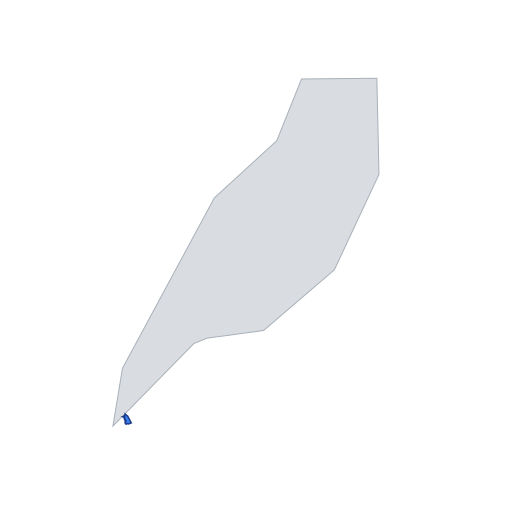 location of Ngerbau, Ngarchelong, Palau, rotated 199°
{"feature_id": "81905179B4441268560543", "entity_name": "Ngerbau", "entity_type": "district", "adm_level": 2, "iso_a3": "PLW", "parent_name": "Palau", "parent_adm1": "Ngarchelong", "projection": "mercator", "projection_center": [134.643, 7.703], "detail": "fine", "context": "in_parent", "style": "filled", "palette": "blue", "viewbox_px": 512, "rotation_deg": 199, "n_neighbors": 0, "source": "geoboundaries", "source_scale": "gbopen_adm2", "svg_char_len": 1531}
<svg xmlns="http://www.w3.org/2000/svg" viewBox="0 0 512 512"><g transform="rotate(199 256 256)"><path d="M270.6,438.2L199.6,463.4L166.3,373.2L177.4,268.5L224.5,188.1L275.7,162.3L286.2,153.1L335.9,48.6L345.7,106.3L314.3,297.4L273.9,371.8L270.6,438.2Z" fill="#d9dde1" stroke="#a8b0b8" stroke-width="1"/><path d="M328.1,63.9L328.0,63.7L328.3,63.3L328.3,63.2L328.2,63.0L328.2,62.9L328.2,62.7L328.3,62.6L328.3,62.4L328.2,62.2L328.3,62.0L328.5,61.9L328.4,61.8L328.5,61.8L328.6,61.6L328.8,61.4L328.8,61.1L329.0,60.9L329.2,60.7L329.3,60.7L329.4,60.8L329.5,60.8L329.7,60.7L329.3,60.6L329.0,60.4L328.9,60.4L328.7,60.4L328.4,60.4L328.2,60.4L328.0,60.2L327.8,60.3L327.8,60.2L327.6,60.2L327.4,60.0L327.3,59.9L327.3,59.7L327.2,59.4L327.3,59.2L327.3,59.3L327.4,59.5L327.5,59.6L327.8,59.7L327.7,59.4L327.6,59.2L327.4,59.0L327.2,58.9L327.0,58.7L326.9,58.6L326.7,58.5L326.2,58.8L326.0,58.6L325.9,58.4L325.7,58.2L325.4,57.8L325.5,57.8L325.6,58.0L325.8,58.1L325.9,58.3L326.0,58.4L326.1,58.5L326.2,58.4L326.4,58.4L326.4,58.2L326.3,57.9L326.2,57.9L326.1,58.0L326.1,57.9L326.2,57.7L326.1,57.4L325.9,57.3L325.9,57.1L325.8,56.9L325.7,56.8L325.7,56.7L325.6,56.4L325.5,56.1L325.5,55.9L325.4,55.8L325.4,55.6L325.2,55.5L324.8,55.4L324.8,55.2L324.8,54.9L324.6,54.8L324.3,54.8L324.1,54.8L323.9,54.9L323.7,54.9L323.5,55.0L323.4,55.1L323.3,55.3L323.2,55.4L323.1,55.5L322.9,55.6L322.7,55.7L322.7,55.8L322.7,55.7L322.5,55.8L322.4,55.8L322.2,55.8L322.1,55.7L321.8,55.7L319.6,57.6L325.2,62.8L328.1,63.9Z" fill="#3b82f6" stroke="#1e3a8a" stroke-width="1.5"/></g></svg>